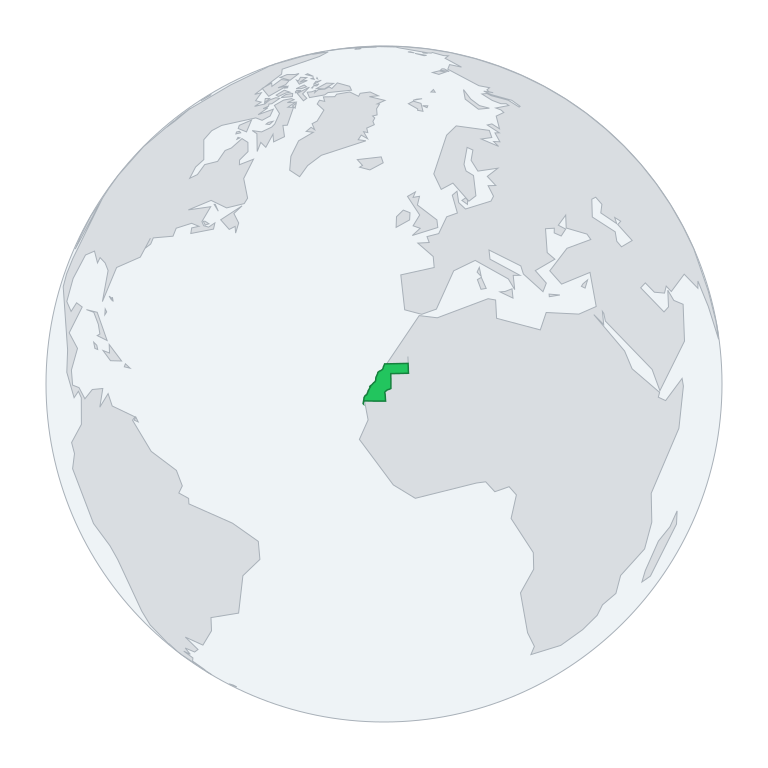 the Earth from above Western Sahara
{"feature_id": "ESH", "entity_name": "Western Sahara", "entity_type": "country or territory", "adm_level": 0, "iso_a3": "ESH", "parent_name": "Africa", "parent_adm1": "", "projection": "orthographic", "projection_center": [-13.3, 24.236], "detail": "fine", "context": "on_globe", "style": "filled", "palette": "green", "viewbox_px": 768, "rotation_deg": 0, "n_neighbors": 0, "source": "natural_earth", "source_scale": "50m", "svg_char_len": 11013}
<svg xmlns="http://www.w3.org/2000/svg" viewBox="0 0 768 768"><circle cx="384" cy="384" r="338" fill="#eef3f6" stroke="#a8b0b8"/><path d="M308.2,54.7L303.7,55.9L306.6,55.4L314.8,53.3L324.7,51.5L312.3,54.4L328.3,51.8L319.4,56.5L282.2,69.2L281.6,74.1L254.7,94.4L261.4,92.7L255.6,100.7L261.2,102.1L254.6,106.4L264.8,104.0L269.7,99.9L275.9,97.7L279.7,98.4L271.9,103.7L268.9,104.1L268.6,106.1L263.1,108.6L267.9,107.8L258.1,114.7L273.3,109.2L270.1,116.0L262.1,120.3L255.8,117.9L221.7,125.4L211.7,130.7L203.8,139.7L203.8,159.6L195.6,167.0L189.7,178.3L197.4,174.6L204.7,164.6L217.6,161.4L225.1,150.5L231.4,148.0L242.0,138.6L247.9,142.4L248.0,151.6L239.6,160.0L239.4,164.7L253.5,159.2L243.7,178.5L247.6,198.2L244.2,203.6L226.6,207.9L211.1,200.4L188.3,209.9L210.7,206.7L201.9,221.6L203.7,225.7L208.6,227.1L214.9,222.9L213.5,229.1L190.8,233.5L191.7,227.9L198.9,226.3L191.6,223.3L176.2,228.2L173.0,236.2L153.3,237.9L150.7,244.0L145.0,248.4L150.4,238.2L140.3,257.1L116.6,267.5L102.4,301.6L108.1,270.5L105.1,262.9L100.1,257.6L97.5,262.9L94.5,251.1L85.5,255.0L73.1,278.5L66.8,301.5L71.1,311.4L76.6,302.8L82.2,307.0L69.2,332.8L77.5,348.4L71.4,370.1L72.6,385.1L79.0,387.6L84.9,398.8L92.3,389.5L102.8,388.5L99.8,407.2L108.1,393.6L112.2,406.0L135.0,416.9L132.5,420.2L151.2,451.4L176.4,470.4L182.3,485.9L178.8,493.0L188.6,498.4L188.9,503.9L232.5,523.2L258.3,541.4L259.9,559.4L242.9,575.7L238.6,613.1L211.0,617.6L211.5,630.8L202.9,645.1L185.3,637.1L198.0,649.5L194.6,652.0L185.2,648.0L190.3,654.3L183.7,651.1L192.9,657.9L192.6,661.1L204.6,669.6L207.0,671.9L211.9,674.8L183.0,655.6L182.5,655.3L181.3,654.4L177.4,651.4L169.1,643.8L168.6,644.0L150.1,624.9L141.7,611.0L117.7,559.5L110.0,545.8L93.5,523.5L72.6,468.7L74.5,453.6L71.6,442.5L81.4,424.4L81.3,397.7L78.4,391.3L74.1,397.7L66.8,372.3L67.6,349.9L63.2,286.8L66.6,273.9L72.8,258.6L102.5,198.2L75.2,249.1L80.8,235.6L91.1,215.6L92.5,213.7L109.2,187.8L118.5,175.0L143.6,146.6L174.2,120.6L166.9,127.1L175.1,121.0L184.8,112.9L189.2,109.3L230.7,84.9L265.4,68.1L269.0,66.2L273.9,64.8L274.4,64.3L308.2,54.7ZM97.2,312.3L107.1,340.5L97.2,335.6L99.9,334.0L98.3,324.2L93.8,312.3L86.4,309.6L97.2,312.3ZM111.2,299.5L109.1,296.1L111.7,298.1L111.2,299.5ZM190.4,108.2L184.5,113.1L173.9,121.4L178.2,117.3L190.4,108.2ZM211.3,94.3L209.9,95.6L200.8,100.8L204.4,98.4L211.3,94.3ZM238.0,137.3L239.9,137.9L236.9,139.3L238.0,137.3ZM240.7,132.8L235.9,133.9L236.5,132.0L239.5,131.3L240.7,132.8ZM246.5,131.9L238.2,128.5L239.3,125.3L251.5,120.1L246.5,131.9ZM351.4,47.7L356.1,47.9L339.9,49.1L329.4,50.7L334.2,49.8L332.4,50.0L349.5,47.9L350.9,47.7L351.4,47.7ZM269.7,98.4L264.6,102.7L265.3,98.5L269.7,98.4ZM268.7,96.3L262.2,88.4L271.7,83.0L271.9,86.4L281.3,79.5L289.1,80.6L285.6,84.7L278.0,87.8L286.8,86.0L268.7,96.3ZM356.1,48.9L359.2,49.0L354.6,49.3L356.1,48.9ZM278.4,96.5L276.2,95.1L284.3,90.2L290.0,92.2L285.6,93.1L278.4,96.5ZM280.0,77.5L286.9,74.6L295.1,74.5L299.0,73.5L290.1,80.2L280.0,77.5ZM285.7,94.6L292.7,93.4L292.4,96.6L281.0,97.6L285.7,94.6ZM283.9,88.2L288.0,86.1L287.6,87.8L283.9,88.2ZM295.1,108.2L292.4,106.0L296.3,103.1L295.1,108.2ZM295.4,92.8L295.4,91.7L296.7,90.5L301.1,90.5L295.4,92.8ZM296.5,80.1L298.4,80.9L300.5,77.3L306.7,77.6L299.7,82.2L305.3,80.4L307.3,80.5L299.3,84.2L296.5,80.1ZM309.4,87.1L302.6,93.9L306.8,98.3L303.4,100.8L297.2,93.4L309.4,87.1ZM304.2,85.0L306.6,86.8L301.2,88.7L296.1,88.7L304.2,85.0ZM313.5,76.4L305.8,74.6L307.6,73.7L313.5,76.4ZM311.7,87.9L313.3,86.3L312.6,88.0L311.7,87.9ZM314.2,79.3L311.2,78.7L313.3,77.7L314.2,79.3ZM319.0,83.8L316.8,85.9L313.3,85.8L319.0,83.8ZM317.7,81.4L321.3,80.2L313.4,84.5L316.0,81.3L317.7,81.4ZM316.7,78.5L317.0,77.7L317.6,78.9L316.7,78.5ZM333.6,83.4L324.4,88.9L316.6,88.5L326.6,83.1L333.6,83.4ZM229.1,683.8L233.3,685.1L236.8,686.9L234.8,686.4L229.1,683.8ZM693.7,248.7L708.3,291.2L715.9,321.1L718.6,339.3L708.3,306.5L697.9,281.0L697.9,288.3L684.2,274.2L671.3,291.5L666.2,286.1L664.5,293.1L654.4,292.2L645.3,282.9L640.7,287.8L664.0,311.9L668.5,306.9L667.8,290.2L673.8,300.4L683.1,304.3L684.5,341.1L659.9,390.7L652.1,369.4L605.4,321.1L603.8,313.4L603.3,312.7L602.4,311.4L603.7,324.5L593.8,314.6L624.6,351.0L632.1,368.8L659.6,392.4L658.3,397.2L665.6,400.6L682.1,378.4L683.4,386.1L678.9,428.3L651.2,493.3L651.8,522.1L644.6,548.9L620.6,575.5L615.9,593.4L602.5,604.8L597.2,615.3L582.6,629.7L560.7,645.4L530.9,654.6L534.4,646.4L527.6,632.8L520.5,592.9L533.7,569.2L533.3,552.6L511.1,518.5L516.4,494.9L509.1,486.7L494.8,491.7L485.7,481.8L476.5,483.0L415.3,498.3L393.3,484.9L359.4,439.4L368.1,419.9L363.9,397.6L419.2,315.6L437.3,317.8L488.1,298.7L495.6,300.0L496.6,318.3L540.3,329.9L546.2,312.5L578.9,314.1L596.2,306.5L590.0,272.4L561.6,284.1L549.8,270.8L567.0,248.3L590.8,239.5L587.0,234.1L566.2,228.0L565.7,215.1L558.3,225.2L565.7,229.1L561.2,236.0L554.2,232.9L554.3,228.2L545.5,228.7L547.2,252.6L554.9,259.2L535.3,270.6L546.3,283.1L543.0,291.7L523.4,274.0L520.8,265.9L489.0,250.0L490.0,259.2L520.0,275.3L513.2,275.4L514.7,289.6L508.3,278.9L475.2,260.4L453.7,270.8L436.4,309.1L421.7,314.3L404.7,309.8L400.8,274.9L434.2,267.5L433.2,256.5L417.8,243.1L429.2,242.5L427.0,236.6L438.7,233.6L446.7,216.8L457.4,213.0L452.3,195.2L457.0,191.2L458.7,202.6L465.5,209.0L491.0,201.1L493.5,196.2L488.1,185.7L495.8,185.5L487.3,176.4L497.9,168.2L477.9,171.1L471.1,160.3L472.9,150.0L467.1,147.4L464.0,164.4L466.1,171.0L473.5,175.5L475.9,195.8L468.9,201.2L452.9,183.1L441.2,189.4L433.8,173.9L446.6,135.2L456.2,125.9L489.3,130.4L491.8,137.5L481.2,139.0L498.6,146.4L493.6,141.5L499.9,141.8L495.0,132.9L499.3,132.8L487.3,125.0L491.9,123.9L499.5,128.8L496.2,116.1L503.8,112.5L500.9,109.9L495.8,108.0L508.8,105.5L506.2,103.7L500.9,103.7L492.2,100.4L481.9,94.0L486.9,93.5L491.3,95.7L508.2,100.2L519.1,107.1L520.1,106.3L511.8,100.3L491.3,94.6L483.7,91.1L493.2,92.7L489.1,91.8L486.9,89.9L489.5,87.7L478.9,85.7L447.8,69.2L449.6,64.6L461.5,67.1L445.1,58.3L448.4,55.8L443.6,55.6L432.4,52.5L431.2,53.1L428.0,52.9L398.8,47.8L395.9,47.0L377.8,46.6L375.3,46.8L376.5,47.1L356.1,47.9L351.4,47.7L376.3,46.2L401.2,46.5L426.1,48.7L450.7,52.7L475.0,58.6L498.7,66.2L521.9,75.5L544.3,86.5L565.8,99.1L586.3,113.3L605.7,129.0L624.0,146.1L640.9,164.4L656.4,184.0L670.4,204.6L682.8,226.3L693.7,248.7ZM407.9,356.5L408.2,363.4L407.9,356.5ZM621.5,246.8L632.2,240.5L617.8,224.6L620.7,221.2L614.7,217.5L616.7,223.6L600.8,212.9L601.9,204.3L595.7,197.2L591.8,199.2L592.3,217.0L615.2,231.8L616.8,241.3L621.5,246.8ZM135.8,417.0L138.2,421.9L134.3,420.2L135.8,417.0ZM93.7,342.2L96.8,345.3L97.7,349.5L94.9,348.4L93.7,342.2ZM125.4,363.8L130.1,368.2L124.3,366.8L125.4,363.8ZM109.2,344.5L121.6,361.0L110.5,360.7L103.0,350.5L109.5,353.0L109.2,344.5ZM105.2,308.9L106.7,311.9L104.8,314.8L105.2,308.9ZM113.1,301.0L112.2,300.7L112.4,297.1L113.1,301.0ZM203.3,221.3L205.0,221.2L209.0,223.8L205.2,225.0L203.3,221.3ZM238.7,223.0L235.6,233.1L235.1,226.4L229.2,229.4L220.7,219.8L242.1,205.8L233.9,213.5L238.7,223.0ZM215.3,204.4L218.3,211.2L214.2,204.4L215.3,204.4ZM403.3,210.1L410.0,212.7L409.6,219.9L396.1,227.4L396.5,216.7L403.3,210.1ZM419.7,215.0L407.5,196.4L415.4,191.9L413.1,197.4L419.5,196.3L417.4,205.0L436.9,219.9L437.8,227.5L412.3,235.5L420.2,228.3L413.1,225.8L419.7,215.0ZM362.5,165.4L357.3,159.6L381.2,156.9L383.2,162.8L369.9,169.9L359.6,167.2L362.5,165.4ZM269.6,124.5L266.1,124.1L268.3,122.4L273.0,121.3L269.6,124.5ZM293.5,107.4L287.3,125.2L282.9,125.4L284.5,136.7L273.6,141.9L273.0,134.2L265.8,147.3L260.8,142.4L257.2,151.5L256.9,133.7L252.2,130.6L261.6,131.9L271.7,127.1L274.7,124.1L279.5,113.5L274.4,105.4L283.6,100.1L291.5,98.6L294.1,99.7L287.3,102.6L295.7,102.1L287.9,107.2L293.5,107.4ZM378.4,95.8L369.4,96.6L385.0,100.4L377.2,103.9L379.5,104.1L376.6,108.7L377.1,114.9L372.6,116.0L374.8,118.0L372.9,121.4L374.3,124.7L366.7,128.1L367.8,132.6L363.6,131.7L367.6,138.7L361.2,135.1L358.2,139.7L365.9,140.8L321.3,155.3L307.6,165.6L299.6,176.7L289.7,170.2L290.9,156.3L298.6,140.8L313.3,132.3L306.2,131.4L311.1,127.3L314.7,129.7L312.1,123.7L317.1,121.1L323.9,110.1L317.2,104.0L319.5,100.2L324.7,101.4L323.4,96.9L334.7,96.7L336.7,94.2L349.8,92.0L358.6,96.3L360.1,93.3L370.1,92.0L378.4,95.8ZM337.3,82.9L349.7,86.3L351.5,90.2L327.9,92.6L324.6,94.9L309.5,97.6L307.2,92.2L311.7,91.8L315.6,90.3L314.8,92.5L318.3,89.6L324.7,89.2L329.1,86.9L331.9,88.5L337.3,82.9ZM500.0,291.9L505.0,291.5L512.0,288.8L513.0,298.1L500.0,291.9ZM477.4,279.6L481.3,277.4L486.2,288.4L481.0,289.3L477.4,279.6ZM479.3,267.4L481.2,276.4L477.1,272.1L479.3,267.4ZM461.9,200.4L465.6,197.9L467.6,200.1L467.5,204.4L461.9,200.4ZM423.0,111.3L417.6,110.3L417.7,108.9L408.4,103.7L413.4,101.2L421.0,103.4L423.0,111.3ZM587.6,279.9L585.1,288.1L581.4,286.3L583.0,283.8L587.6,279.9ZM549.1,294.1L559.9,295.0L549.3,296.7L549.1,294.1ZM427.0,107.7L422.6,105.7L427.8,105.8L427.0,107.7ZM416.6,99.2L422.1,98.7L413.0,100.3L416.6,99.2ZM676.5,524.1L650.4,576.1L641.9,582.0L645.3,570.6L658.4,541.1L670.0,526.7L677.1,510.9L676.5,524.1ZM718.1,333.5L716.4,323.2L717.2,327.9L718.1,333.5ZM463.5,89.6L470.8,99.1L479.4,105.6L489.4,108.2L478.4,109.2L465.2,99.1L463.5,89.6ZM449.2,71.5L440.4,70.2L442.0,68.8L444.3,68.9L449.2,71.5ZM445.5,72.1L438.9,74.4L432.5,72.5L439.0,70.9L445.5,72.1ZM433.4,89.5L435.2,92.2L430.9,92.0L433.4,89.5ZM361.2,48.5L359.4,49.0L358.5,48.6L361.2,48.5ZM427.7,53.3L423.2,53.0L422.3,52.1L427.7,53.3ZM410.3,51.8L414.4,52.9L407.9,51.9L410.3,51.8ZM424.0,55.7L415.0,53.4L426.6,55.4L424.0,55.7Z" fill="#d9dde1" stroke="#a8b0b8" stroke-width="1"/><path d="M408.2,365.6L408.2,366.6L408.3,367.8L408.3,368.9L408.3,370.3L408.4,371.6L408.4,372.6L408.5,373.2L407.4,373.3L406.4,373.3L405.4,373.3L404.4,373.3L403.4,373.4L402.5,373.4L401.5,373.4L400.5,373.4L399.5,373.5L398.5,373.5L397.5,373.5L396.5,373.5L395.5,373.5L394.6,373.6L393.6,373.6L392.6,373.6L391.6,373.6L390.8,373.6L390.8,374.3L390.8,375.1L390.8,375.9L390.8,376.7L390.8,377.5L390.9,378.3L390.9,379.1L390.9,379.9L390.9,380.7L390.9,381.5L390.9,382.3L390.9,383.1L390.9,383.9L390.9,384.7L390.9,385.5L390.9,386.3L390.9,387.1L390.9,387.9L390.9,388.5L390.6,388.7L389.8,389.0L389.0,389.4L388.0,389.6L387.7,389.7L387.0,390.1L386.2,390.8L385.5,391.3L385.0,392.0L384.8,392.3L384.7,392.7L384.8,393.1L385.1,393.9L385.1,394.3L385.2,394.9L385.2,395.7L385.3,396.4L385.3,397.2L385.4,398.0L385.4,398.9L385.5,399.7L385.5,400.3L385.6,401.1L384.7,401.1L383.5,401.1L382.2,401.1L380.9,401.1L379.7,401.1L378.4,401.1L377.2,401.1L375.9,401.1L374.7,401.1L373.4,401.1L372.1,401.0L370.9,401.0L369.6,401.0L368.4,401.0L367.1,400.9L365.8,400.9L364.6,400.9L363.9,400.9L363.6,402.0L363.4,402.8L363.3,403.4L363.4,403.9L363.1,403.6L363.6,400.6L363.7,400.3L364.1,397.5L364.9,396.0L365.5,395.3L366.5,395.0L367.4,393.5L367.7,392.1L368.2,391.4L368.4,390.9L368.2,390.5L368.8,389.8L369.4,388.6L369.7,387.9L370.5,386.8L370.6,386.5L370.5,386.2L370.2,386.4L369.9,386.9L369.5,387.2L369.7,386.8L370.0,386.2L370.6,385.6L371.7,384.9L373.9,382.5L374.7,382.1L375.4,381.1L375.7,380.2L375.8,378.2L376.0,377.1L376.5,376.2L377.1,374.7L377.5,374.0L377.8,372.6L378.1,372.1L378.6,371.8L379.4,371.1L380.6,370.7L381.9,369.8L382.5,369.3L383.0,368.5L383.4,366.8L384.2,365.1L384.6,363.9L408.1,363.4L408.1,364.4L408.2,365.6Z" fill="#22c55e" stroke="#15803d" stroke-width="1.5"/></svg>